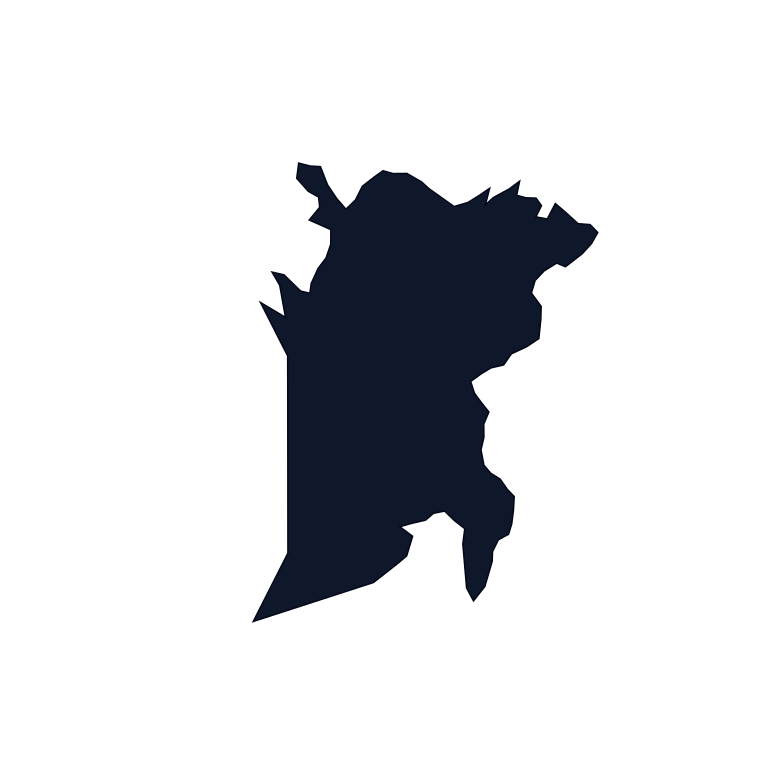 Guaramiranga, Ceará, Brazil, rotated 46°
{"feature_id": "56859067B5933904646135", "entity_name": "Guaramiranga", "entity_type": "district", "adm_level": 2, "iso_a3": "BRA", "parent_name": "Brazil", "parent_adm1": "Ceará", "projection": "robinson", "projection_center": [-38.956, -4.252], "detail": "fine", "context": "isolated", "style": "filled", "palette": "ink", "viewbox_px": 768, "rotation_deg": 46, "n_neighbors": 0, "source": "geoboundaries", "source_scale": "gbopen_adm2", "svg_char_len": 1430}
<svg xmlns="http://www.w3.org/2000/svg" viewBox="0 0 768 768"><g transform="rotate(46 384 384)"><path d="M602.2,470.3L599.7,452.1L593.2,440.7L586.7,429.3L580.0,422.4L575.5,410.0L578.6,398.8L573.3,389.2L564.5,378.3L555.4,368.5L545.6,368.5L533.2,366.5L522.4,369.2L511.8,368.5L498.8,360.0L491.7,349.1L482.1,340.0L477.0,328.0L464.6,326.8L453.4,325.3L442.4,319.9L444.2,307.0L446.7,295.9L453.4,284.7L450.8,271.4L456.3,255.3L458.9,241.1L446.3,226.1L437.3,217.0L421.0,214.8L414.5,203.4L413.9,190.3L417.0,175.8L425.7,172.0L428.0,150.8L427.1,137.0L423.5,125.0L412.5,125.0L403.5,133.0L384.4,134.3L373.2,135.4L378.7,151.9L369.3,158.6L365.1,146.8L355.9,145.5L348.8,152.4L340.4,157.5L332.3,145.5L330.7,158.2L325.8,176.0L325.6,186.7L316.6,172.0L314.6,184.0L311.7,197.6L305.0,210.3L274.9,215.9L264.7,216.6L248.5,221.2L238.9,231.3L229.9,236.6L228.3,247.3L226.7,262.2L231.8,276.7L231.8,289.9L217.9,289.2L201.6,286.3L183.5,278.7L175.8,285.8L165.8,291.9L175.4,303.9L192.9,304.6L204.1,301.2L212.2,307.5L214.1,323.9L236.0,315.0L246.4,325.1L253.1,338.2L255.0,350.9L261.1,366.5L267.2,374.3L259.2,379.4L236.0,380.1L225.7,386.8L240.5,390.4L267.6,408.6L239.5,416.2L296.9,433.8L388.3,521.8L438.9,570.6L464.0,643.0L513.4,541.9L519.5,529.4L522.6,499.1L523.4,487.1L513.4,469.2L497.8,471.7L502.9,461.9L510.8,448.7L511.4,438.3L517.5,428.7L531.4,428.2L544.2,426.4L553.7,438.3L588.1,466.3L602.2,470.3Z" fill="#0f172a" stroke="#020617" stroke-width="1.5"/></g></svg>